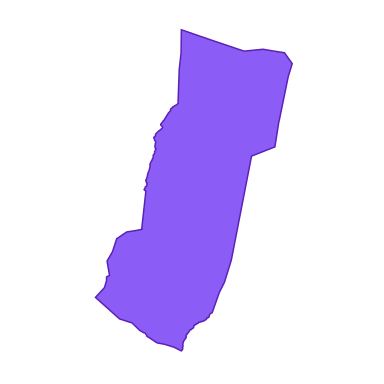 the district of Erdene, Govi-Altay, Mongolia, rotated 189°
{"feature_id": "93677404B39886975300314", "entity_name": "Erdene", "entity_type": "district", "adm_level": 2, "iso_a3": "MNG", "parent_name": "Mongolia", "parent_adm1": "Govi-Altay", "projection": "natural_earth1", "projection_center": [97.682, 44.036], "detail": "fine", "context": "isolated", "style": "filled", "palette": "violet", "viewbox_px": 384, "rotation_deg": 189, "n_neighbors": 0, "source": "geoboundaries", "source_scale": "gbopen_adm2", "svg_char_len": 5401}
<svg xmlns="http://www.w3.org/2000/svg" viewBox="0 0 384 384"><g transform="rotate(189 192 192)"><path d="M270.9,72.8L263.3,67.9L243.7,55.3L230.7,53.3L222.1,47.2L217.8,45.5L216.6,45.4L216.3,45.3L216.1,45.1L215.7,44.6L215.4,44.4L215.0,44.0L214.6,43.7L214.4,43.2L214.3,42.7L214.0,42.5L202.8,37.5L195.4,37.3L191.7,36.8L185.5,35.9L177.8,33.4L177.6,33.5L177.4,33.6L177.1,33.9L177.1,34.3L177.0,34.8L176.7,35.1L176.6,35.8L176.8,36.2L176.9,36.8L177.2,37.2L177.2,37.5L176.9,37.8L176.9,38.0L176.7,38.2L176.8,38.6L177.0,39.1L177.1,39.5L177.1,39.9L177.3,40.8L177.4,41.1L177.3,41.3L177.1,41.7L177.0,42.0L177.0,42.4L177.0,42.9L177.0,43.1L176.5,44.3L176.3,44.7L176.2,45.1L175.9,45.6L175.7,45.8L175.4,46.1L175.4,46.4L175.3,46.8L175.2,47.1L175.0,47.4L174.9,47.7L174.9,47.9L175.0,48.1L175.3,48.3L175.4,48.5L175.6,49.2L175.2,49.9L174.9,50.1L174.6,50.5L174.7,51.2L174.4,51.7L174.1,52.0L173.6,52.4L173.4,52.8L173.3,53.3L173.3,53.5L173.1,53.9L173.0,54.0L172.8,54.2L172.8,54.3L172.7,54.5L172.5,54.9L172.4,55.3L172.1,55.8L171.8,55.8L171.2,56.0L171.0,56.3L170.8,56.6L170.6,57.0L170.4,57.2L170.1,57.3L169.8,57.6L169.5,57.9L169.3,58.2L169.2,58.6L169.2,59.0L169.3,59.3L169.2,59.6L169.2,60.1L168.9,60.4L168.7,60.7L168.4,61.1L168.4,61.3L168.2,61.5L167.7,61.5L167.4,61.7L167.2,62.0L167.1,62.3L166.7,62.4L166.6,62.5L166.4,62.9L166.0,63.0L165.8,63.1L165.5,63.3L165.4,63.6L165.4,63.9L165.2,64.2L165.0,64.4L164.8,64.5L164.6,64.4L164.4,64.4L164.1,64.5L163.7,64.7L163.4,64.9L163.1,65.3L162.8,65.4L162.6,65.5L162.4,65.4L162.2,65.4L161.9,65.5L161.6,65.8L161.0,66.1L160.6,66.3L160.3,66.4L160.1,66.6L159.9,66.8L159.6,66.9L159.3,67.1L159.1,67.3L159.0,67.5L158.9,67.6L158.9,67.8L158.6,68.0L158.2,68.2L157.9,68.5L157.8,68.8L157.7,69.2L157.5,69.6L157.6,69.9L157.4,70.2L157.1,70.2L156.8,70.2L156.7,70.4L156.5,70.6L156.1,70.7L155.7,71.0L155.7,71.3L155.7,71.6L155.6,72.6L155.5,73.0L155.5,73.3L155.3,73.6L155.3,74.1L155.0,74.5L154.0,75.3L153.7,75.7L153.2,75.9L149.3,97.0L145.8,108.0L142.5,130.9L138.8,236.8L117.2,249.5L117.2,275.0L117.0,277.0L115.0,320.9L113.1,334.5L122.5,344.0L134.3,344.0L144.2,344.1L162.5,339.3L171.7,340.8L183.2,342.8L195.7,344.9L213.4,348.0L227.9,350.6L224.5,327.2L223.9,313.4L223.8,311.1L219.9,279.1L219.8,278.8L219.6,278.5L219.5,278.3L219.5,277.9L219.4,277.6L219.5,277.5L219.5,277.4L220.1,276.8L220.2,276.5L220.3,276.4L220.5,276.1L220.6,275.9L221.0,275.6L221.4,275.3L221.8,275.1L222.0,275.0L222.4,274.7L222.6,274.5L222.9,274.2L223.1,273.9L223.5,273.6L224.1,273.1L224.4,272.9L224.5,272.8L224.6,272.6L224.7,272.4L224.8,272.2L225.1,271.6L225.3,271.4L225.8,271.0L226.0,270.8L226.1,270.5L226.1,270.3L225.9,269.9L225.9,269.6L225.9,269.3L226.0,268.9L226.0,268.7L226.4,268.4L226.5,268.3L226.6,268.1L226.7,267.9L226.7,267.6L226.8,267.5L226.8,267.4L227.1,267.1L227.4,266.7L227.7,266.2L228.0,265.5L228.2,264.9L228.6,264.0L228.8,263.7L229.3,262.3L229.4,262.2L229.7,261.4L230.1,260.5L230.3,260.1L230.4,259.9L230.7,258.9L230.9,258.6L231.1,258.2L231.4,257.9L231.6,257.6L231.8,257.3L232.0,256.7L232.3,256.1L232.6,255.7L232.6,255.4L232.7,255.1L232.8,255.0L233.1,254.7L233.3,254.5L233.4,254.4L233.5,254.1L233.5,253.8L233.5,253.7L233.2,253.1L233.0,252.9L232.8,252.7L232.0,252.3L231.8,252.1L231.5,251.9L231.3,251.7L231.2,251.5L231.2,251.2L231.3,250.9L231.5,250.4L231.7,250.1L232.5,249.1L233.1,248.4L233.9,247.5L234.4,247.1L234.7,246.8L235.0,246.4L235.4,245.8L235.7,245.3L236.0,244.9L236.3,244.6L236.6,244.0L236.8,243.7L237.0,243.1L237.0,242.8L237.0,242.3L236.9,242.1L236.9,241.8L237.0,241.5L237.2,241.2L237.5,240.8L237.8,240.6L238.1,240.2L238.3,239.9L238.1,239.3L237.8,238.9L237.5,238.5L237.2,238.0L237.1,237.8L237.1,237.6L236.9,237.2L236.7,236.9L236.4,236.7L236.2,236.5L236.0,236.3L235.9,236.1L235.8,235.8L235.7,235.7L235.7,235.0L235.7,234.7L235.8,234.2L235.7,233.9L235.7,233.4L235.8,232.8L235.8,232.7L235.8,232.4L235.8,232.1L235.9,231.7L235.8,231.4L235.5,231.0L235.5,230.8L235.5,230.5L235.3,229.9L235.2,229.5L235.0,229.4L234.7,229.3L234.5,229.2L234.4,228.9L234.4,228.6L234.7,227.6L235.2,226.1L235.3,225.9L235.0,225.0L235.0,224.7L235.3,223.8L235.5,223.2L235.7,222.7L235.8,222.5L236.0,222.4L236.1,221.9L235.9,221.2L235.8,220.4L235.8,220.0L235.8,219.9L235.8,219.5L235.9,219.1L236.1,218.7L236.3,218.4L236.4,218.1L236.4,217.8L236.4,217.5L236.5,217.4L236.6,217.0L236.7,216.8L236.7,216.6L237.0,216.1L237.2,215.2L237.5,214.5L237.6,214.2L237.7,213.8L237.7,213.7L237.8,213.0L237.8,212.7L237.8,212.3L237.7,211.8L237.5,211.3L237.5,211.0L237.5,210.8L237.5,210.2L237.5,209.8L237.5,209.3L237.5,209.1L237.7,207.3L237.7,206.7L237.8,206.2L238.1,205.4L238.3,204.3L238.5,203.5L238.6,202.0L238.6,201.7L238.6,200.8L238.7,200.1L238.8,199.3L238.8,198.8L238.9,198.3L239.1,197.5L239.2,197.2L239.3,196.9L239.4,196.7L239.5,196.3L239.5,196.2L239.4,196.1L239.2,195.9L239.0,195.6L238.9,195.4L238.8,195.1L238.8,194.9L238.8,194.7L238.7,194.4L238.3,194.2L238.1,194.0L238.0,193.9L237.9,193.8L237.9,193.6L238.0,193.3L237.8,192.9L237.7,192.7L237.6,192.2L237.7,191.9L237.7,191.7L237.7,191.3L237.8,191.2L238.0,190.9L238.1,190.6L238.1,190.4L238.2,190.2L238.3,189.9L238.5,189.8L238.5,189.7L238.9,189.6L238.8,189.3L238.8,189.1L238.9,188.7L239.0,188.6L239.1,188.1L239.3,187.7L239.6,187.3L239.7,187.1L239.6,186.8L239.5,186.7L239.2,186.5L239.0,186.3L238.7,186.2L237.9,185.6L237.7,185.6L235.9,148.1L235.6,147.3L241.4,145.2L250.3,142.3L259.1,134.1L261.2,120.6L265.1,110.5L260.4,96.7L263.1,94.8L262.6,91.1L263.5,83.9L270.9,72.8Z" fill="#8b5cf6" stroke="#5b21b6" stroke-width="1.5"/></g></svg>